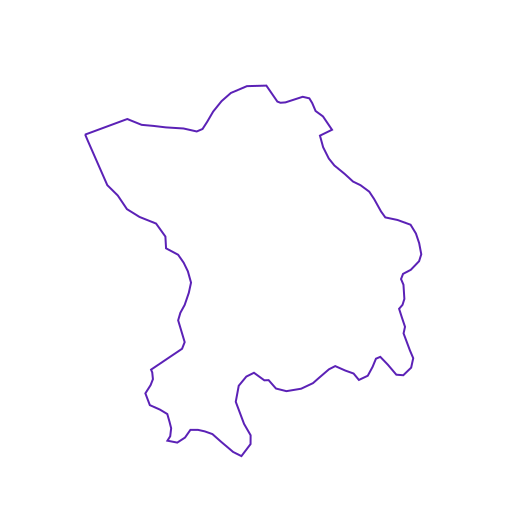 Jeongseon-gun, Gangwon, South Korea, rotated 157°
{"feature_id": "91817680B94972366910411", "entity_name": "Jeongseon-gun", "entity_type": "district", "adm_level": 2, "iso_a3": "KOR", "parent_name": "South Korea", "parent_adm1": "Gangwon", "projection": "orthographic", "projection_center": [128.745, 37.366], "detail": "fine", "context": "isolated", "style": "outline", "palette": "violet", "viewbox_px": 512, "rotation_deg": 157, "n_neighbors": 0, "source": "geoboundaries", "source_scale": "gbopen_adm2", "svg_char_len": 1598}
<svg xmlns="http://www.w3.org/2000/svg" viewBox="0 0 512 512"><g transform="rotate(157 256 256)"><path d="M209.7,101.7L199.9,102.1L192.0,108.4L185.7,114.6L181.0,114.6L177.1,104.4L173.2,91.9L167.0,88.7L156.8,92.6L151.2,100.5L151.2,109.1L150.4,127.1L146.5,132.6L145.7,142.8L144.9,151.5L140.2,153.8L136.2,158.5L131.5,171.9L131.5,178.1L127.6,182.1L118.9,182.8L107.9,187.5L103.2,193.0L100.8,204.0L100.0,214.2L101.5,224.4L111.7,233.9L121.9,241.0L123.5,248.1L125.0,262.2L126.6,270.9L132.1,280.3L137.6,286.6L142.3,296.9L148.5,308.7L150.9,317.3L151.7,329.9L150.1,341.8L136.7,342.5L139.8,358.3L144.5,366.2L144.5,374.8L145.3,380.3L150.8,384.3L168.9,385.9L173.6,387.5L176.0,389.8L179.9,408.8L198.0,415.9L215.4,415.9L227.2,412.0L239.0,405.7L248.5,398.6L255.6,393.8L261.9,393.8L272.9,401.7L288.7,409.6L299.7,415.9L310.0,421.4L321.0,432.4L365.3,434.5L365.8,433.8L365.8,427.7L365.2,379.3L359.6,365.7L356.5,349.6L348.0,337.5L335.3,324.9L331.8,309.3L335.8,298.2L327.2,287.6L325.2,278.1L324.7,268.5L326.2,256.9L332.2,248.4L340.8,238.8L347.8,233.3L352.8,227.2L355.3,204.6L360.3,199.5L397.0,192.4L397.0,189.4L399.0,182.9L403.5,178.3L411.5,172.8L412.0,160.2L404.5,152.2L399.4,145.2L400.4,137.1L401.4,130.6L405.4,123.6L409.7,120.6L401.4,115.0L392.3,116.6L384.3,121.6L377.3,118.6L371.7,114.6L365.7,109.1L360.7,98.6L353.6,84.5L347.6,77.5L334.5,85.0L331.0,93.1L332.6,106.1L331.6,129.7L322.6,143.3L312.0,148.8L303.5,149.3L296.9,138.3L292.9,136.8L289.4,126.2L280.8,119.7L266.3,116.2L253.2,116.7L245.7,119.2L233.1,123.2L226.1,123.7L218.6,115.7L212.1,109.7L209.7,101.7Z" fill="none" stroke="#5b21b6" stroke-width="2"/></g></svg>